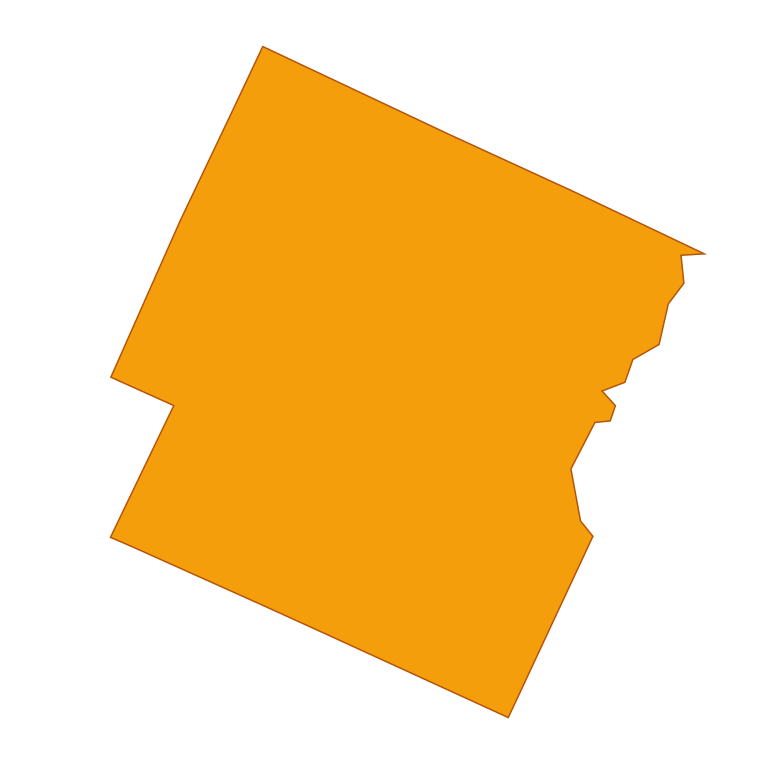 outline of Dubois, Indiana, United States of America, rotated 115°
{"feature_id": "52423323B15239481819744", "entity_name": "Dubois", "entity_type": "district", "adm_level": 2, "iso_a3": "USA", "parent_name": "United States of America", "parent_adm1": "Indiana", "projection": "robinson", "projection_center": [-86.913, 38.365], "detail": "fine", "context": "isolated", "style": "filled", "palette": "amber", "viewbox_px": 768, "rotation_deg": 115, "n_neighbors": 0, "source": "geoboundaries", "source_scale": "gbopen_adm2", "svg_char_len": 507}
<svg xmlns="http://www.w3.org/2000/svg" viewBox="0 0 768 768"><g transform="rotate(115 384 384)"><path d="M321.9,163.4L305.9,165.1L298.2,183.4L280.6,166.4L256.6,168.8L231.9,151.4L191.3,160.2L165.9,154.8L141.8,169.2L130.7,148.8L129.5,293.6L130.3,431.2L129.6,591.3L129.4,636.5L201.3,636.8L322.5,637.7L493.3,634.4L492.4,565.4L638.6,567.1L637.9,543.5L635.9,405.6L635.2,336.9L633.8,130.4L433.8,130.3L425.1,148.0L382.0,178.7L329.7,176.6L321.9,163.4Z" fill="#f59e0b" stroke="#b45309" stroke-width="1.5"/></g></svg>